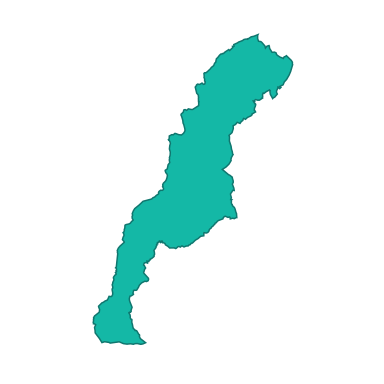 Talmaciu, Sibiu, Romania (Mercator projection), rotated 342°
{"feature_id": "2599482B89024892263144", "entity_name": "Talmaciu", "entity_type": "district", "adm_level": 2, "iso_a3": "ROU", "parent_name": "Romania", "parent_adm1": "Sibiu", "projection": "mercator", "projection_center": [24.164, 45.604], "detail": "fine", "context": "isolated", "style": "filled", "palette": "teal", "viewbox_px": 384, "rotation_deg": 342, "n_neighbors": 0, "source": "geoboundaries", "source_scale": "gbopen_adm2", "svg_char_len": 5988}
<svg xmlns="http://www.w3.org/2000/svg" viewBox="0 0 384 384"><g transform="rotate(342 192 192)"><path d="M297.6,128.1L298.5,127.5L299.9,127.4L303.4,125.2L303.2,123.5L303.6,122.0L305.4,120.1L306.1,118.9L307.3,120.8L308.9,120.0L308.0,118.7L311.8,118.2L313.7,115.9L316.7,114.2L320.5,110.8L323.1,107.8L326.5,102.8L327.1,102.0L327.0,101.4L327.6,99.6L327.1,97.5L323.9,91.5L322.6,92.0L321.5,91.9L320.0,93.2L319.2,92.3L317.4,90.9L315.5,88.5L314.9,87.3L315.0,85.8L313.8,84.5L311.3,83.9L310.2,79.4L310.6,77.1L310.5,76.5L308.3,76.5L306.3,77.8L306.5,75.7L304.6,71.2L303.9,70.2L301.9,69.2L301.8,66.5L302.8,63.4L303.4,62.7L299.0,63.0L296.2,62.7L292.3,63.8L292.1,63.5L291.7,63.8L290.9,63.3L288.6,63.0L286.7,63.6L282.5,63.8L281.5,64.2L277.3,64.7L277.1,66.3L275.5,66.0L275.5,67.2L271.5,69.1L271.0,67.9L266.6,69.1L264.7,70.0L263.6,69.7L263.1,70.0L262.0,69.7L260.3,70.5L258.0,72.1L256.4,72.8L255.0,75.2L254.9,75.7L253.2,76.6L251.7,78.5L248.9,79.5L247.4,80.6L243.5,82.4L242.1,82.9L240.8,82.5L240.0,82.9L239.4,85.6L238.8,86.9L238.9,87.2L238.9,88.6L238.3,90.3L238.7,91.2L237.6,93.1L237.1,93.3L236.0,93.1L235.6,91.8L235.0,91.5L232.7,92.1L230.6,91.1L229.5,91.5L229.5,91.8L227.5,93.2L227.0,99.5L227.7,101.1L227.9,102.1L227.6,103.0L227.6,104.0L227.2,104.4L226.2,107.8L226.1,108.2L226.5,108.5L226.0,109.0L225.0,111.9L218.1,113.7L216.6,113.2L214.2,111.8L212.1,112.7L211.1,111.6L209.9,111.3L209.4,111.7L208.3,113.4L205.7,114.6L205.3,115.5L205.5,116.9L205.4,120.9L204.8,123.7L205.0,125.4L204.7,129.9L204.3,131.4L203.6,132.3L202.0,133.6L199.6,134.5L197.1,133.4L194.5,131.3L193.6,131.0L192.0,131.8L190.4,131.2L187.7,131.7L187.1,133.4L186.2,135.1L185.8,135.0L185.8,135.5L186.4,136.3L186.6,137.6L186.4,139.3L185.2,141.0L183.8,144.1L183.7,147.3L182.6,150.2L181.1,152.4L180.9,153.7L180.3,154.4L179.9,157.2L177.7,158.7L175.6,162.4L173.2,163.1L173.0,164.1L173.1,165.6L173.7,167.1L173.8,168.4L172.8,170.4L171.1,172.7L169.9,173.6L167.5,174.8L166.4,176.0L166.1,177.8L165.7,177.9L166.0,179.7L165.7,180.7L164.4,181.3L162.7,180.6L160.8,181.3L160.0,182.1L159.9,183.1L159.6,183.5L157.0,184.2L154.8,185.3L153.3,185.3L151.4,186.2L142.6,185.7L137.8,188.0L132.4,190.1L130.5,191.7L128.4,194.2L128.4,195.6L127.4,196.9L127.0,198.7L127.4,200.3L127.3,200.6L125.2,201.5L123.8,202.6L121.9,202.9L119.2,202.6L118.0,202.9L117.0,205.4L115.9,206.9L115.8,207.6L114.8,209.0L113.9,209.3L114.2,211.1L113.8,212.5L112.6,213.6L111.1,215.8L112.1,218.2L112.0,218.9L106.6,221.3L104.5,222.7L102.8,224.6L102.8,225.5L102.4,226.2L102.3,227.7L96.9,239.8L95.9,240.5L96.5,241.2L96.1,243.0L95.4,243.4L95.6,244.4L94.3,244.9L94.6,246.4L94.3,246.9L92.9,247.3L91.0,248.8L90.7,249.4L90.7,251.0L90.4,251.7L88.8,253.4L88.3,254.5L87.4,255.6L87.3,258.0L86.7,259.2L86.2,259.4L85.8,260.4L85.4,263.6L84.7,265.2L83.4,266.4L82.8,266.5L80.9,265.6L80.2,266.3L79.4,267.4L77.8,268.7L75.6,268.8L73.6,269.5L72.0,269.6L67.9,271.7L67.7,272.2L67.8,275.3L66.6,277.7L61.0,279.8L59.5,281.2L59.5,282.1L59.0,282.5L58.7,283.7L57.6,285.9L57.9,286.5L57.7,286.9L58.3,287.0L59.4,288.5L57.4,290.8L57.1,293.4L56.4,296.1L58.7,302.8L59.8,307.4L62.6,307.4L66.6,309.4L67.5,310.4L76.5,312.0L79.9,315.0L83.2,316.6L86.5,317.3L89.3,318.7L90.8,318.6L93.1,319.2L96.2,321.0L98.3,321.3L101.3,321.0L97.6,315.5L97.3,313.3L97.8,312.3L97.9,311.5L97.4,310.9L96.6,307.2L96.4,306.7L95.0,306.1L95.1,305.3L94.0,303.7L94.1,303.4L94.0,302.6L94.4,299.5L94.4,297.8L94.9,296.0L95.4,295.1L95.3,294.5L94.7,294.2L94.5,293.3L94.4,292.4L94.8,291.5L95.1,289.7L94.6,287.4L95.4,287.0L96.3,287.4L96.9,287.0L97.4,286.5L97.4,285.8L99.4,283.1L99.0,276.9L99.1,275.3L99.4,274.1L100.8,271.9L102.2,272.0L104.7,271.3L104.8,270.9L104.5,269.9L105.4,268.8L105.9,267.7L106.7,267.5L108.3,268.2L109.1,268.2L111.8,265.9L113.1,264.4L115.9,262.9L119.6,262.3L121.1,263.1L122.9,262.8L123.7,261.7L123.9,260.6L121.3,254.8L121.1,254.0L121.3,253.2L122.1,252.4L122.9,251.0L124.3,250.1L124.4,249.5L124.0,248.5L124.0,247.5L123.4,246.6L123.6,246.1L124.8,244.7L126.7,245.0L127.8,245.9L128.0,245.6L127.7,244.3L127.8,243.8L129.5,244.7L130.3,243.7L131.3,243.6L131.6,242.9L132.8,242.9L136.0,241.6L136.3,240.6L137.2,239.6L137.7,237.2L137.7,235.8L140.6,233.7L141.0,232.6L142.0,232.1L142.1,231.0L143.4,230.7L143.2,229.8L143.5,229.4L144.8,229.4L145.4,228.7L146.2,228.6L146.4,229.0L146.3,230.2L146.6,230.5L147.1,230.3L147.9,229.3L148.4,229.4L148.6,229.7L148.4,231.2L149.1,231.4L150.4,232.6L150.4,234.0L152.3,236.2L153.4,238.3L157.9,239.7L158.9,240.7L159.5,240.7L162.0,239.6L162.9,239.9L163.9,240.8L165.3,240.2L165.9,240.2L167.4,241.8L169.6,241.6L171.7,242.1L172.7,241.5L174.1,241.5L175.4,240.5L176.6,240.7L180.4,238.8L183.3,238.2L186.6,236.8L189.7,237.3L190.5,234.9L190.9,234.4L192.8,235.4L194.3,235.4L195.4,234.9L196.2,234.2L196.6,233.4L197.7,232.6L198.8,232.4L199.8,231.4L201.3,231.0L202.5,230.1L203.5,229.9L204.2,228.9L205.6,228.7L207.0,227.7L208.3,227.3L213.1,227.1L213.7,226.2L215.3,225.3L216.3,225.4L218.3,227.2L220.1,227.4L220.3,228.2L220.1,229.4L222.7,229.5L223.9,230.4L226.1,230.0L226.7,230.2L227.7,226.1L227.5,225.2L227.7,221.5L227.5,219.7L226.4,218.0L226.5,217.6L226.2,216.8L226.4,216.4L226.0,215.8L226.1,214.3L226.9,212.3L226.8,211.8L227.4,211.5L226.5,211.1L227.7,209.5L227.8,206.6L228.2,205.4L229.3,204.8L231.3,203.0L232.6,203.6L233.0,201.2L232.8,197.0L234.2,195.6L234.6,194.2L234.7,190.7L234.9,190.4L233.2,187.8L232.1,186.8L227.8,179.9L232.2,178.7L235.8,176.9L238.9,174.2L239.1,173.0L240.3,171.2L242.7,169.0L242.4,168.3L242.8,166.0L242.8,163.5L243.3,160.5L243.3,155.1L244.7,151.2L244.7,149.6L248.4,147.9L250.9,144.4L251.6,141.7L254.3,141.2L256.5,139.7L258.9,141.6L260.7,140.2L262.4,139.7L263.3,138.4L264.0,138.0L265.3,139.4L267.9,138.2L271.6,137.8L273.0,137.1L273.1,136.4L277.2,135.5L276.9,134.0L276.5,133.5L277.6,131.1L278.4,130.5L279.6,128.6L279.6,127.9L279.2,127.9L279.1,127.6L278.4,124.5L279.4,125.0L279.2,124.4L281.2,123.8L282.7,124.9L284.5,125.5L288.1,124.5L287.9,124.0L288.6,123.5L289.2,121.1L290.3,119.9L290.9,120.5L293.7,119.5L297.3,118.9L297.7,119.9L297.1,120.6L296.7,123.4L297.6,128.1Z" fill="#14b8a6" stroke="#0f766e" stroke-width="1.5"/></g></svg>